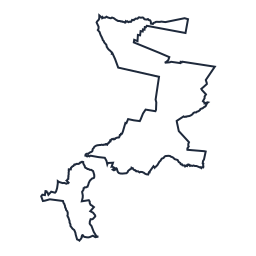 outline of Sanctórum de Lázaro Cárdenas, Tlaxcala, Mexico
{"feature_id": "50627088B96340121149658", "entity_name": "Sanctórum de Lázaro Cárdenas", "entity_type": "district", "adm_level": 2, "iso_a3": "MEX", "parent_name": "Mexico", "parent_adm1": "Tlaxcala", "projection": "albers", "projection_center": [-98.463, 19.523], "detail": "fine", "context": "isolated", "style": "outline", "palette": "slate", "viewbox_px": 256, "rotation_deg": 0, "n_neighbors": 0, "source": "geoboundaries", "source_scale": "gbopen_adm2", "svg_char_len": 5806}
<svg xmlns="http://www.w3.org/2000/svg" viewBox="0 0 256 256"><path d="M97.8,30.0L99.7,32.2L99.9,33.1L100.8,35.5L101.6,36.8L101.8,37.6L102.3,38.3L102.8,40.1L103.6,40.8L104.3,42.5L106.3,44.7L106.8,47.0L107.2,47.3L107.7,48.4L108.6,49.4L109.6,50.4L110.1,50.6L110.9,51.6L111.8,52.3L112.0,52.8L111.9,53.6L112.5,53.4L115.1,59.1L118.2,67.6L159.0,76.8L155.6,99.6L156.3,102.4L156.0,109.8L155.4,111.2L145.6,109.6L143.0,113.5L140.8,119.0L139.8,121.1L133.7,120.3L128.1,119.1L126.4,123.2L125.4,122.9L122.9,131.5L122.0,133.7L121.0,133.8L120.9,134.6L120.0,134.9L120.1,135.3L119.5,136.1L119.5,136.6L118.9,137.5L117.2,137.6L115.2,138.4L115.1,138.9L114.2,139.3L113.5,139.3L113.1,138.8L112.3,139.2L111.6,139.2L110.9,140.2L110.5,140.1L110.2,140.2L110.1,140.5L110.4,141.5L109.2,142.1L109.0,142.7L108.6,142.7L107.5,144.2L107.1,143.9L106.6,144.0L106.7,144.6L105.5,144.2L105.3,144.6L103.6,144.7L103.1,145.0L101.6,144.7L100.6,145.0L99.8,145.0L97.3,145.3L96.1,145.7L94.6,146.6L94.0,147.3L93.6,148.2L92.9,148.8L92.6,149.4L92.5,150.7L92.1,151.4L90.7,152.2L89.6,152.6L88.2,153.9L88.0,154.0L87.5,153.7L86.5,153.8L85.6,154.5L85.4,155.6L86.0,155.7L86.8,156.3L87.4,156.4L88.1,155.8L89.5,156.4L90.0,155.9L90.5,155.7L98.5,157.1L104.8,157.8L106.5,160.9L107.3,164.3L107.8,163.0L113.0,162.7L111.6,166.7L112.2,166.6L114.7,168.0L112.7,169.6L113.9,170.3L115.1,169.8L116.5,168.4L116.8,168.7L117.6,171.4L118.1,172.3L119.0,173.1L120.5,173.5L122.4,173.6L126.5,173.2L127.6,172.2L128.2,170.8L130.2,169.2L130.6,169.2L131.3,168.6L131.5,167.8L131.9,168.1L132.7,168.1L133.2,169.2L133.9,169.8L134.6,170.2L135.0,170.1L136.1,171.2L136.4,171.0L136.8,171.3L138.1,171.3L139.5,172.4L140.5,171.9L142.1,172.0L144.0,172.8L144.5,173.4L146.4,174.3L148.2,174.5L148.9,172.3L149.6,172.4L149.9,171.2L153.5,166.2L154.6,167.6L154.8,167.1L155.7,166.8L157.4,165.1L159.4,161.7L160.5,160.7L161.7,158.7L163.5,158.0L164.5,156.7L165.4,156.1L168.3,155.8L170.0,156.0L170.8,156.6L172.4,157.2L173.4,157.8L174.6,159.1L177.6,160.0L178.7,162.0L180.3,163.0L180.7,164.2L182.1,164.4L182.2,165.0L182.4,165.3L183.2,165.5L184.6,165.4L185.1,166.4L185.8,165.8L186.8,166.0L186.7,165.5L187.3,164.8L188.1,164.5L188.5,165.1L189.5,164.8L190.0,165.3L190.1,165.9L191.1,165.6L192.4,165.9L193.5,165.5L194.9,166.0L196.5,166.0L199.9,167.4L200.4,167.2L201.3,168.1L202.0,167.2L203.2,167.4L203.4,166.8L203.1,164.7L203.3,163.6L202.7,163.3L203.0,161.1L204.0,159.4L205.7,151.5L204.3,151.2L187.4,149.8L187.3,148.9L187.7,148.3L187.6,148.0L188.1,147.4L188.7,146.4L188.3,145.8L188.3,143.9L189.0,142.2L178.8,131.1L176.9,122.2L176.7,120.9L183.6,116.4L184.3,116.9L185.1,116.9L185.7,116.6L186.5,116.7L186.8,116.4L189.4,116.0L190.8,115.4L192.3,114.4L193.5,112.9L194.6,112.4L196.2,112.4L196.9,111.7L198.5,111.2L200.0,110.0L200.2,109.3L201.3,108.6L201.8,108.6L202.7,108.2L204.2,107.0L205.1,106.6L205.8,105.9L205.9,105.2L206.2,105.0L206.5,103.9L207.0,103.6L207.2,103.0L208.0,102.4L207.6,102.3L204.5,103.4L204.4,102.5L202.9,101.2L204.6,98.2L204.6,96.5L206.0,94.4L202.0,90.1L201.3,88.9L206.8,84.1L206.8,83.1L205.8,80.0L214.8,66.7L182.2,61.7L181.7,62.4L180.6,61.9L180.3,63.1L171.1,61.8L169.8,62.3L164.8,62.7L166.5,61.7L168.3,60.1L169.3,57.1L158.8,52.6L133.8,42.4L134.2,39.8L137.5,41.1L137.9,34.9L140.1,35.3L140.6,31.1L142.7,31.5L142.9,29.4L144.5,29.7L144.8,27.1L145.8,27.3L146.8,25.8L185.5,33.0L188.0,19.2L184.6,18.2L165.4,22.1L161.3,21.6L159.8,21.9L156.7,21.8L155.8,21.9L154.7,22.6L153.5,22.9L152.9,24.0L150.9,23.6L150.9,22.1L150.4,20.7L150.1,20.3L148.9,20.1L148.1,19.1L147.6,19.1L147.0,19.6L144.6,19.3L144.1,18.9L143.4,17.8L142.7,17.5L140.7,17.7L139.0,17.3L138.6,17.5L137.5,18.7L135.6,18.6L133.9,20.1L133.5,19.8L132.7,20.1L132.1,19.9L131.1,21.8L130.8,21.9L129.9,21.6L128.6,22.2L128.1,22.0L127.5,21.3L126.5,21.6L125.9,21.2L125.6,22.2L125.4,22.6L125.1,22.6L124.6,22.5L124.0,21.9L122.4,21.8L121.9,21.3L121.1,21.5L120.4,21.3L120.0,21.0L118.0,21.0L117.5,20.5L116.9,20.4L115.7,19.6L113.8,18.2L112.2,17.6L111.8,17.6L111.0,18.2L110.3,18.2L107.9,17.5L106.4,16.7L105.5,17.5L104.9,17.7L103.4,17.7L102.3,18.2L102.2,17.4L101.9,17.7L99.3,15.4L99.3,18.2L98.8,19.6L97.0,21.6L96.6,22.5L98.6,26.8L98.5,28.9L97.8,30.0ZM79.4,240.6L79.8,240.0L80.6,239.3L81.8,237.4L81.6,236.9L82.1,235.4L82.3,235.2L82.7,235.1L83.8,236.5L84.5,236.9L86.8,237.3L88.2,237.4L89.7,237.1L92.9,235.7L95.4,237.2L97.5,236.8L97.5,236.5L96.8,236.4L96.2,235.9L93.7,231.8L91.5,226.0L90.3,224.6L89.7,223.7L89.8,221.6L90.6,219.2L92.0,219.3L92.8,219.0L95.0,216.7L95.3,216.2L95.1,215.3L93.1,212.7L90.3,211.2L93.9,207.1L91.7,205.4L90.6,204.9L89.7,203.0L89.7,201.4L89.0,200.7L88.8,200.2L81.8,201.3L82.7,197.6L82.8,195.5L82.1,191.9L83.5,189.7L83.6,188.2L84.4,187.8L84.6,187.4L86.2,187.3L87.6,186.6L87.6,186.1L88.2,185.0L88.8,182.8L90.0,180.5L92.1,178.5L93.8,178.0L94.3,176.9L94.2,175.5L94.3,175.1L93.1,171.1L92.4,170.7L91.4,169.9L89.7,169.8L88.6,169.1L87.4,169.0L86.7,168.3L85.3,167.7L85.1,167.2L84.8,166.9L84.6,165.7L83.8,164.6L83.2,163.1L83.2,162.0L82.5,161.8L81.8,161.8L81.2,162.3L80.5,162.3L80.0,162.7L79.8,163.2L79.1,163.7L78.6,163.7L78.1,164.0L76.9,163.8L75.8,164.2L75.4,164.6L74.4,164.5L73.4,166.0L72.5,166.3L71.0,167.8L70.8,169.4L68.8,169.3L68.7,170.6L68.9,171.0L68.6,172.8L68.7,174.2L68.3,176.2L68.5,176.7L68.3,177.3L68.3,178.9L67.5,179.4L67.1,180.3L66.6,180.6L68.6,182.7L68.0,183.3L67.3,183.2L66.3,183.7L64.3,182.9L62.7,183.1L59.1,182.0L57.8,181.1L57.8,183.3L57.1,188.1L56.0,191.6L55.0,192.7L51.2,191.7L48.4,194.8L47.4,192.3L45.8,192.0L46.1,191.2L45.5,191.1L44.9,195.1L42.4,194.7L41.2,196.3L42.9,201.0L44.8,200.7L49.8,199.3L63.0,201.0L63.5,202.9L64.3,203.9L64.4,204.6L64.9,205.4L65.2,207.6L65.8,208.3L66.1,209.9L67.2,211.2L67.7,212.6L67.7,215.0L67.4,215.6L67.8,216.8L68.2,217.1L69.5,220.9L69.6,222.7L70.2,223.8L70.5,224.8L70.4,225.9L72.6,228.8L74.2,230.0L74.5,230.6L75.4,232.8L75.7,234.6L77.1,239.4L78.6,240.0L79.4,240.6Z" fill="none" stroke="#1e293b" stroke-width="2"/></svg>